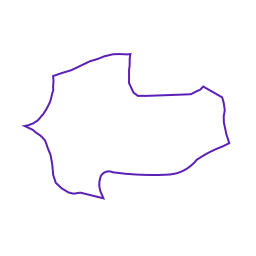 Dumyat 1, Dumyat, Egypt, rotated 189°
{"feature_id": "37247803B95914699067070", "entity_name": "Dumyat 1", "entity_type": "district", "adm_level": 2, "iso_a3": "EGY", "parent_name": "Egypt", "parent_adm1": "Dumyat", "projection": "robinson", "projection_center": [31.808, 31.407], "detail": "fine", "context": "isolated", "style": "outline", "palette": "violet", "viewbox_px": 256, "rotation_deg": 189, "n_neighbors": 0, "source": "geoboundaries", "source_scale": "gbopen_adm2", "svg_char_len": 2483}
<svg xmlns="http://www.w3.org/2000/svg" viewBox="0 0 256 256"><g transform="rotate(189 128 128)"><path d="M230.4,113.8L221.8,111.3L217.7,108.8L213.1,106.7L211.1,105.2L208.0,102.7L207.7,102.2L206.5,100.1L206.1,99.5L204.9,97.0L200.3,89.3L197.1,80.1L194.5,69.8L190.8,62.6L184.2,58.1L176.6,55.0L171.5,54.6L164.9,56.7L152.0,55.6L141.3,54.7L141.5,55.0L141.8,55.5L142.7,57.0L143.3,58.1L143.5,58.2L143.6,58.4L144.1,59.1L144.3,59.5L144.6,59.9L145.0,60.7L145.3,61.1L145.5,61.5L145.9,62.3L146.0,62.7L146.2,63.1L146.5,64.0L146.7,64.4L146.8,64.8L147.1,65.7L147.2,66.2L147.3,66.6L147.5,67.5L147.6,67.9L147.6,68.4L147.7,69.3L147.8,69.8L147.8,70.2L147.8,71.1L147.8,71.6L147.8,72.0L147.8,72.9L147.7,73.3L147.7,73.8L147.6,74.8L147.5,75.2L147.4,75.7L147.2,76.5L147.1,76.8L146.9,77.3L146.6,77.8L146.3,78.3L145.9,78.8L145.5,79.2L145.1,79.7L144.6,80.1L144.4,80.3L144.2,80.4L143.7,80.8L143.4,80.9L143.2,81.1L142.6,81.4L142.1,81.6L141.5,81.8L141.0,82.0L140.4,82.1L139.8,82.2L139.2,82.3L138.6,82.3L138.3,82.3L138.0,82.3L137.4,82.2L136.8,82.1L136.6,82.0L136.2,82.0L136.0,81.9L126.0,82.3L125.6,82.3L125.2,82.3L121.9,82.5L118.6,82.8L115.2,83.1L111.9,83.4L108.5,83.8L105.2,84.2L101.9,84.6L98.6,85.1L98.3,85.1L98.0,85.2L95.3,85.6L91.9,86.1L88.6,86.7L85.4,87.4L82.1,88.0L81.0,88.3L80.9,88.3L79.6,88.6L78.4,88.9L77.3,89.3L76.1,89.7L75.0,90.1L73.8,90.5L72.7,91.0L71.6,91.6L70.5,92.1L69.5,92.7L68.4,93.4L67.4,94.0L66.4,94.7L65.4,95.5L64.5,96.2L63.5,97.0L62.6,97.9L62.2,98.3L61.7,98.7L60.9,99.6L60.5,100.0L60.1,100.5L59.3,101.4L58.9,101.9L58.5,102.4L57.7,103.4L57.4,103.9L57.0,104.4L56.3,105.4L56.0,105.9L55.7,106.4L55.2,107.3L54.8,107.6L54.5,108.0L52.8,109.4L51.2,110.9L49.5,112.3L47.8,113.7L46.0,115.1L44.3,116.4L42.5,117.7L40.7,118.9L38.9,120.2L37.0,121.4L35.1,122.5L33.3,123.7L32.0,124.4L30.5,125.4L28.4,126.9L26.3,128.4L25.8,128.7L25.6,128.9L29.8,137.0L31.0,140.2L34.2,148.5L35.3,154.6L35.2,160.7L37.5,168.1L39.8,173.0L60.2,180.7L62.7,177.1L66.3,174.8L71.2,171.2L82.1,169.0L115.9,162.4L116.0,162.4L123.3,161.3L128.1,163.8L134.0,172.5L136.1,186.0L136.1,189.6L137.2,197.0L137.2,201.4L139.5,200.7L148.0,199.7L154.0,198.6L162.6,195.1L168.6,191.5L176.0,188.0L193.1,176.2L202.8,171.5L210.1,167.6L209.7,166.0L208.9,162.7L208.5,157.3L207.7,153.6L208.2,150.7L208.6,145.3L208.9,142.5L209.0,142.1L209.1,141.6L209.9,138.8L210.7,136.3L211.6,133.8L212.8,130.9L214.0,128.1L215.3,126.4L216.9,123.5L218.6,121.1L221.0,119.1L222.2,117.8L225.1,116.2L227.2,115.0L230.4,113.8Z" fill="none" stroke="#5b21b6" stroke-width="2"/></g></svg>